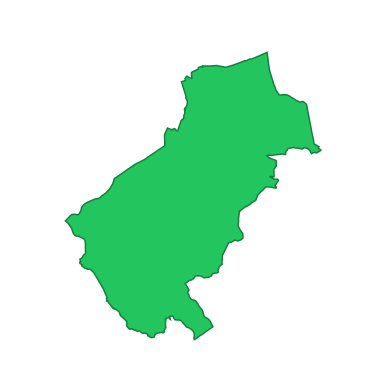 Forotic, Caras-Severin, Romania, rotated 190°
{"feature_id": "2599482B22481808364653", "entity_name": "Forotic", "entity_type": "district", "adm_level": 2, "iso_a3": "ROU", "parent_name": "Romania", "parent_adm1": "Caras-Severin", "projection": "albers", "projection_center": [21.553, 45.227], "detail": "fine", "context": "isolated", "style": "filled", "palette": "green", "viewbox_px": 384, "rotation_deg": 190, "n_neighbors": 0, "source": "geoboundaries", "source_scale": "gbopen_adm2", "svg_char_len": 5909}
<svg xmlns="http://www.w3.org/2000/svg" viewBox="0 0 384 384"><g transform="rotate(190 192 192)"><path d="M166.0,328.5L173.5,324.1L180.3,320.7L190.0,320.8L196.5,319.1L203.6,318.0L203.3,316.8L203.8,316.8L205.1,317.0L207.2,315.8L207.4,314.0L212.6,310.3L213.3,309.4L211.9,304.1L212.9,303.8L214.8,304.3L217.1,305.2L218.7,302.5L218.5,302.2L218.0,301.5L217.7,300.7L221.5,298.8L214.6,285.3L214.4,283.4L212.4,280.8L212.2,279.5L212.1,278.0L211.9,277.7L213.0,273.4L213.3,273.6L213.8,272.5L213.6,272.4L213.7,271.7L212.9,271.2L213.2,270.6L212.8,268.3L213.4,265.8L213.2,265.1L213.0,264.1L213.6,261.6L214.4,261.6L214.4,261.4L215.1,260.5L216.6,250.8L217.0,249.9L218.3,249.6L218.7,250.0L218.8,250.6L220.2,251.4L220.9,251.0L221.4,250.8L221.6,250.0L222.5,250.1L222.5,249.9L223.5,249.6L224.3,250.1L227.3,250.7L229.0,243.4L226.8,233.0L234.8,225.2L239.1,221.1L244.3,215.8L253.0,209.3L270.8,191.6L271.5,186.4L273.5,180.9L276.4,176.4L280.3,172.4L281.6,170.4L283.4,169.3L286.4,168.2L292.9,163.9L296.3,161.0L298.0,157.7L298.2,153.9L299.8,150.1L301.1,149.6L303.2,149.8L306.1,149.1L307.5,147.7L311.7,141.5L308.9,139.9L304.5,135.7L301.6,130.5L299.7,128.9L298.1,128.5L296.9,128.8L295.0,128.4L290.0,126.9L288.9,125.7L288.1,122.8L287.5,119.8L286.9,116.8L286.3,113.6L286.4,113.1L286.6,112.6L286.8,112.2L287.1,111.8L287.9,111.0L288.7,108.7L289.0,108.0L290.8,106.3L290.2,105.5L290.1,105.0L290.1,104.2L289.6,104.0L289.5,103.8L290.4,102.8L290.1,102.4L289.5,101.9L288.5,101.6L287.6,101.2L287.8,100.5L287.7,100.1L287.3,99.8L286.9,99.7L286.3,99.5L285.8,99.2L285.4,99.1L284.7,98.8L284.6,98.4L284.1,98.3L283.7,98.3L283.3,98.4L283.0,98.4L282.2,98.2L281.7,97.7L281.2,97.8L280.4,98.0L280.0,98.3L279.2,98.3L277.7,97.6L274.4,95.2L264.3,83.4L263.4,82.2L263.0,82.3L260.0,77.3L257.6,73.8L257.7,71.9L257.3,71.1L257.2,69.8L255.8,70.3L255.7,69.5L254.7,68.1L251.8,65.8L250.8,65.2L250.6,64.8L250.6,64.3L249.5,63.7L249.2,64.0L248.9,63.6L248.4,63.5L248.3,63.4L248.0,63.6L247.6,63.3L247.3,63.4L245.4,62.6L245.0,62.3L243.8,62.0L242.7,60.9L242.1,59.7L240.9,57.8L235.9,54.7L233.8,53.0L233.3,51.6L233.4,49.8L233.2,48.8L231.8,47.5L230.6,46.7L230.0,46.1L229.1,46.1L228.5,46.2L227.8,46.7L226.5,46.8L226.4,46.5L225.9,46.2L225.6,46.1L224.9,46.2L224.2,45.8L223.8,45.9L223.7,46.1L223.1,46.1L222.8,45.6L221.6,45.4L221.0,45.5L220.2,46.0L219.7,46.0L218.6,45.9L217.7,44.9L216.0,44.2L215.1,44.4L215.0,44.7L213.1,44.9L212.0,44.4L211.2,44.3L210.8,43.9L210.6,43.4L210.6,42.7L210.4,42.5L208.7,42.5L208.6,42.1L208.3,42.0L207.7,41.6L206.9,41.5L206.0,41.8L205.2,41.9L204.2,42.3L203.8,43.5L204.0,43.8L203.8,44.8L202.2,46.5L201.0,47.3L197.9,48.3L197.1,48.6L196.7,48.3L196.3,48.2L195.7,48.7L195.3,48.7L195.1,48.9L195.2,50.0L195.2,51.5L194.7,52.4L194.2,53.8L195.1,56.7L195.6,60.5L195.5,61.6L196.0,61.9L196.2,62.1L196.2,62.6L196.0,62.8L195.4,63.2L195.2,63.2L193.5,64.3L193.2,64.4L192.1,63.2L191.3,62.8L192.1,64.5L192.5,65.5L191.6,65.9L189.7,66.4L189.1,66.4L187.6,64.1L186.5,63.2L184.9,63.3L183.1,63.6L181.1,63.6L179.6,62.9L177.8,61.1L175.8,59.7L174.0,58.1L171.4,57.6L169.0,56.7L166.8,55.3L165.5,53.5L164.9,51.3L164.7,48.8L164.1,46.4L164.1,46.8L159.1,51.9L156.9,53.9L154.5,56.5L148.0,62.9L151.6,67.9L152.2,68.5L154.6,70.1L155.2,70.3L158.1,71.4L158.6,72.0L160.7,76.3L161.4,77.4L163.1,79.0L165.6,81.1L165.9,81.5L166.9,83.1L167.4,83.4L167.8,83.8L168.9,85.0L170.2,85.5L171.0,85.8L171.7,85.9L172.6,85.8L173.7,86.1L174.7,86.7L176.2,88.2L176.6,88.8L176.9,89.6L177.1,90.1L177.9,91.0L178.5,91.5L178.7,91.9L178.7,92.3L178.6,92.9L178.0,94.7L178.0,95.0L178.1,95.4L178.3,95.7L180.2,97.6L182.1,100.0L182.7,100.7L179.3,104.5L177.4,105.2L176.7,105.7L176.3,105.9L175.8,106.6L175.2,107.6L174.9,108.0L174.7,108.3L174.4,109.5L174.2,109.7L173.8,109.9L173.2,110.1L171.7,110.5L171.0,110.6L169.8,110.6L168.8,110.8L168.4,110.8L168.1,110.7L165.7,109.6L165.0,109.6L163.3,110.1L160.7,111.0L160.3,111.2L158.7,112.4L158.4,112.7L158.1,113.3L158.1,114.0L158.0,114.4L157.6,114.9L156.6,115.4L155.2,116.1L153.3,116.7L152.4,117.3L152.2,117.6L152.2,117.9L152.8,119.2L152.9,119.7L152.2,121.4L152.2,121.6L152.4,122.2L152.3,122.7L152.1,123.2L151.7,123.7L151.5,124.5L151.2,124.6L149.9,125.8L149.7,126.2L149.8,126.5L150.1,127.1L150.3,127.5L150.5,131.4L150.7,132.3L151.2,133.8L150.9,134.6L150.9,134.9L151.0,135.6L150.9,135.7L150.5,136.4L148.0,145.3L147.0,148.4L144.5,149.4L142.1,151.5L141.9,151.8L141.5,152.1L139.0,151.7L138.2,151.8L137.0,152.6L135.9,153.1L135.4,153.4L133.9,155.5L134.0,156.9L135.0,160.1L138.3,163.4L140.9,167.0L141.0,171.3L141.5,173.4L141.9,180.3L142.1,181.5L141.6,181.6L141.5,181.4L140.3,183.0L138.1,185.4L136.0,187.5L135.7,187.2L135.1,187.7L133.8,188.9L131.8,191.0L131.8,191.4L130.5,192.4L127.7,195.0L126.7,200.6L120.0,209.8L118.5,210.2L115.9,210.4L110.0,210.3L109.9,211.6L111.1,212.5L111.2,213.3L110.6,214.2L108.9,218.4L109.7,219.4L113.7,218.9L114.6,219.4L116.0,220.0L117.5,220.2L117.9,220.6L117.5,221.0L113.9,221.1L114.3,223.8L115.2,228.0L115.0,229.3L113.5,231.8L114.2,236.6L114.5,236.9L114.6,237.5L115.0,237.5L115.3,237.8L116.4,238.0L117.8,238.1L121.5,239.0L122.6,239.4L124.7,240.7L123.7,241.3L118.8,242.3L109.6,245.1L106.4,245.1L106.6,248.2L105.5,249.5L105.5,250.7L104.9,251.4L100.3,253.3L95.1,253.5L90.5,253.5L89.3,255.2L85.8,254.9L83.3,253.4L81.0,250.6L79.0,251.9L77.6,252.3L76.2,252.1L75.7,252.4L74.5,253.5L73.6,254.2L72.6,255.0L72.3,255.8L75.3,257.0L74.8,258.6L79.8,260.5L80.1,260.8L80.3,261.1L80.7,262.1L81.5,264.6L82.8,267.7L84.4,271.6L87.2,279.3L89.0,283.8L94.2,297.5L94.4,298.1L94.5,298.2L94.9,298.5L98.2,300.4L98.4,300.4L100.3,299.6L101.8,299.1L103.1,299.8L104.4,300.1L105.5,300.4L107.4,301.4L109.9,302.2L110.5,302.3L112.5,303.4L114.3,303.9L115.5,304.1L116.4,304.1L118.9,303.8L119.9,303.5L121.0,303.0L122.4,302.6L123.1,302.9L125.1,305.0L126.2,306.1L127.0,306.9L128.7,310.1L129.5,311.3L130.0,311.9L131.5,315.0L133.1,318.1L134.0,319.8L135.7,323.0L137.0,325.8L138.7,331.1L142.3,342.5L156.5,333.2L158.4,332.9L161.1,330.7L163.1,330.4L166.0,328.5Z" fill="#22c55e" stroke="#15803d" stroke-width="1.5"/></g></svg>